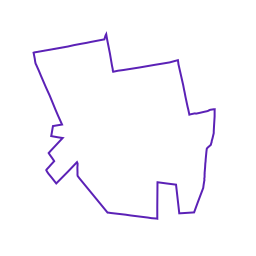 Galiciuica, Dolj, Romania (Robinson projection), rotated 258°
{"feature_id": "2599482B18051672506084", "entity_name": "Galiciuica", "entity_type": "district", "adm_level": 2, "iso_a3": "ROU", "parent_name": "Romania", "parent_adm1": "Dolj", "projection": "robinson", "projection_center": [23.4, 44.093], "detail": "fine", "context": "isolated", "style": "outline", "palette": "violet", "viewbox_px": 256, "rotation_deg": 258, "n_neighbors": 0, "source": "geoboundaries", "source_scale": "gbopen_adm2", "svg_char_len": 2044}
<svg xmlns="http://www.w3.org/2000/svg" viewBox="0 0 256 256"><g transform="rotate(258 128 128)"><path d="M221.4,52.1L221.3,51.3L215.3,51.2L212.2,51.0L210.2,51.0L209.1,51.3L202.6,52.7L197.2,53.7L185.2,56.1L175.7,58.2L161.4,60.8L154.8,62.1L145.1,64.2L145.5,55.0L141.5,53.4L137.0,51.6L136.1,51.2L135.6,52.3L133.3,58.0L131.8,62.0L121.7,47.5L120.0,45.2L117.9,46.0L114.5,47.5L111.3,48.8L110.9,48.9L107.6,44.3L106.6,43.0L104.7,40.3L104.1,39.5L103.8,39.3L103.4,39.4L102.6,39.6L101.5,40.0L99.8,40.7L95.2,43.1L91.3,45.0L88.7,46.3L97.9,60.3L105.2,71.0L103.8,71.3L102.0,70.9L100.0,70.3L94.7,69.3L93.0,68.9L92.1,68.8L91.5,68.8L88.9,70.0L49.5,90.4L49.4,91.0L48.4,93.6L43.8,107.4L41.9,112.4L36.3,128.7L34.9,132.3L33.5,137.1L33.2,137.8L44.6,140.2L68.5,145.5L68.8,145.6L65.7,154.3L62.6,163.2L59.5,162.9L38.9,160.9L33.9,160.4L33.5,162.8L31.7,175.1L41.1,181.0L53.7,189.1L56.0,189.9L57.6,190.5L60.7,191.7L61.0,191.9L61.8,192.0L62.6,192.1L64.1,192.7L66.9,193.3L67.3,193.5L67.8,193.5L73.4,195.2L77.4,196.3L79.1,196.9L81.3,197.5L84.8,198.6L88.6,199.8L90.9,200.6L91.4,200.8L91.7,201.1L92.4,202.1L93.5,204.1L94.3,205.5L95.3,206.0L95.8,206.2L96.5,206.7L97.0,206.9L97.6,207.1L98.5,207.5L100.1,208.4L102.0,209.3L103.3,209.9L104.5,210.5L105.0,210.7L105.2,210.8L107.0,211.2L112.2,212.6L121.2,215.1L127.7,216.5L128.3,216.7L128.5,215.9L128.7,212.2L128.6,211.1L128.2,210.6L128.1,209.7L128.0,208.9L128.0,206.3L127.9,201.7L127.9,198.9L127.9,198.7L127.9,197.8L128.0,197.4L128.1,197.0L128.3,196.7L128.4,196.4L128.4,195.8L128.4,195.4L128.4,195.1L128.4,194.4L128.4,193.8L128.4,192.6L128.4,192.1L128.3,190.8L129.9,190.8L133.7,190.8L136.6,190.7L138.9,190.7L146.6,190.7L150.9,190.8L154.0,190.8L158.6,190.9L179.9,190.6L182.0,190.8L184.0,190.9L183.5,182.5L183.9,173.7L184.2,167.7L184.8,152.0L185.7,135.2L186.1,130.2L186.1,125.2L187.5,125.1L188.6,125.3L192.3,125.3L204.5,125.8L219.5,126.0L224.3,126.2L223.2,125.3L219.6,123.3L219.7,119.3L219.9,109.7L219.9,107.3L219.9,105.2L220.1,100.1L220.2,96.2L220.3,92.6L220.2,86.1L221.4,52.1Z" fill="none" stroke="#5b21b6" stroke-width="2"/></g></svg>